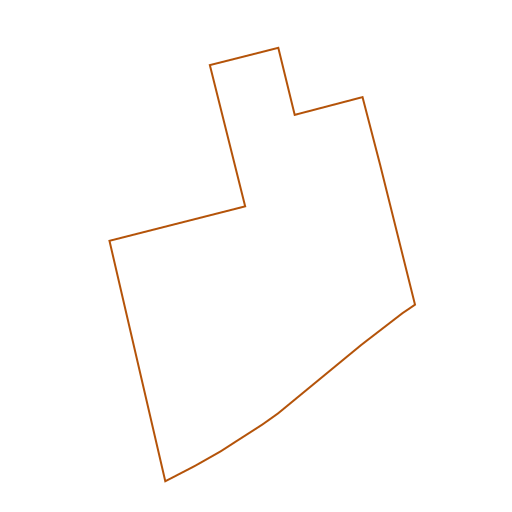 Muskegon, Michigan, United States of America, rotated 256°
{"feature_id": "52423323B98514650988046", "entity_name": "Muskegon", "entity_type": "district", "adm_level": 2, "iso_a3": "USA", "parent_name": "United States of America", "parent_adm1": "Michigan", "projection": "albers", "projection_center": [-86.217, 43.295], "detail": "fine", "context": "isolated", "style": "outline", "palette": "amber", "viewbox_px": 512, "rotation_deg": 256, "n_neighbors": 0, "source": "geoboundaries", "source_scale": "gbopen_adm2", "svg_char_len": 399}
<svg xmlns="http://www.w3.org/2000/svg" viewBox="0 0 512 512"><g transform="rotate(256 256 256)"><path d="M59.4,113.5L67.1,145.9L75.0,174.4L80.8,191.4L90.9,221.3L97.9,239.2L136.4,320.1L144.3,336.7L147.2,343.3L161.3,375.6L165.1,384.3L170.3,398.5L314.2,398.5L384.4,397.8L383.6,327.7L452.6,328.0L452.4,257.4L306.8,257.5L306.2,117.5L59.4,113.5Z" fill="none" stroke="#b45309" stroke-width="2"/></g></svg>